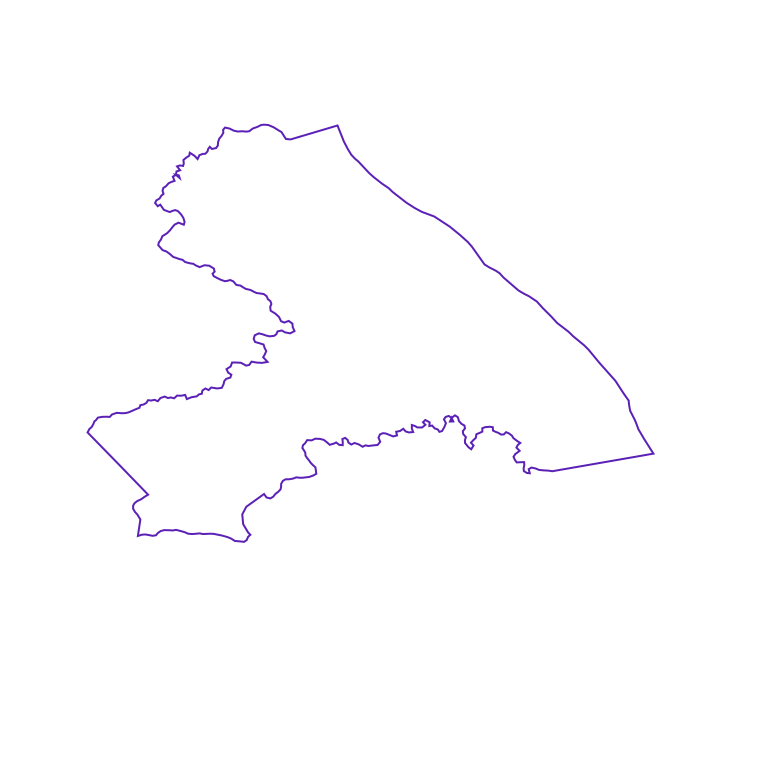 Itaubal, Amapá, Brazil (Natural Earth projection), rotated 290°
{"feature_id": "56859067B9451495458128", "entity_name": "Itaubal", "entity_type": "district", "adm_level": 2, "iso_a3": "BRA", "parent_name": "Brazil", "parent_adm1": "Amapá", "projection": "natural_earth1", "projection_center": [-50.683, 0.49], "detail": "fine", "context": "isolated", "style": "outline", "palette": "violet", "viewbox_px": 768, "rotation_deg": 290, "n_neighbors": 0, "source": "geoboundaries", "source_scale": "gbopen_adm2", "svg_char_len": 5700}
<svg xmlns="http://www.w3.org/2000/svg" viewBox="0 0 768 768"><g transform="rotate(290 384 384)"><path d="M449.2,620.9L452.0,619.7L457.0,612.5L466.1,600.4L477.6,579.1L486.3,564.3L488.9,558.6L493.6,545.3L496.2,539.6L500.6,525.7L504.4,518.5L509.4,507.7L513.8,499.4L514.9,494.9L516.1,490.0L516.6,485.4L517.9,478.3L525.0,459.7L527.6,454.8L528.7,450.3L529.6,443.0L530.7,437.6L543.2,419.5L546.1,414.2L550.0,404.5L554.4,391.9L558.6,373.9L558.7,360.7L559.9,352.6L562.0,343.2L567.4,326.4L569.6,321.5L571.6,313.6L574.9,303.5L577.2,297.8L584.3,283.8L585.8,279.7L588.2,274.9L592.6,269.4L598.0,263.5L611.0,251.9L581.9,212.6L580.7,208.0L585.7,201.5L586.2,198.6L587.5,192.4L587.8,186.7L586.6,182.4L585.3,179.9L582.3,177.1L579.2,173.3L575.5,171.0L574.2,168.6L573.0,164.3L571.2,160.1L570.7,156.1L571.2,151.4L570.6,146.9L567.9,145.9L565.0,147.1L561.6,146.5L558.3,145.3L554.8,145.3L551.2,146.3L548.3,145.5L546.0,141.9L547.3,139.2L544.9,138.4L542.1,138.6L539.3,137.4L538.1,134.8L535.9,132.3L531.6,131.9L533.6,128.0L534.9,122.4L531.9,122.9L528.6,120.4L525.8,118.9L522.9,120.4L520.2,120.6L519.6,117.5L517.7,115.1L515.1,119.3L512.8,116.3L509.4,116.9L506.6,114.7L503.2,117.7L501.5,115.5L499.1,113.0L495.1,111.4L492.9,109.6L489.9,109.8L487.2,111.8L485.0,110.4L481.5,109.6L478.7,107.3L475.8,107.0L473.7,110.6L476.0,112.4L474.0,115.3L472.4,117.5L472.3,120.6L472.3,123.8L474.3,126.0L476.0,128.3L476.0,131.3L473.9,135.4L471.5,138.6L468.1,141.2L465.2,141.4L465.3,135.7L462.1,132.7L458.9,131.5L455.2,130.3L451.5,128.6L449.3,126.9L447.2,125.2L443.5,125.0L440.0,124.0L437.2,124.4L435.7,127.2L434.1,130.1L434.1,134.3L432.9,138.4L431.3,142.4L431.4,145.9L431.4,149.0L431.8,152.1L430.6,155.5L431.0,160.1L431.7,163.8L431.0,166.8L430.8,170.8L434.2,174.7L435.4,179.4L434.3,184.6L431.7,186.4L429.0,185.2L427.1,187.1L426.5,191.3L426.1,195.2L426.2,199.4L427.5,201.7L429.1,203.9L428.9,207.3L426.6,211.4L427.4,215.6L426.7,218.3L426.1,221.5L426.7,226.4L426.2,229.8L425.9,233.1L426.7,236.6L427.4,240.2L426.4,243.6L424.0,245.9L423.0,248.9L420.7,250.8L417.5,250.7L414.1,252.4L413.0,257.8L411.0,262.5L407.8,265.8L407.6,269.2L410.7,272.9L409.4,277.3L406.2,278.8L403.1,281.8L399.5,278.5L398.7,273.5L399.3,269.6L397.0,266.0L393.9,265.8L391.7,264.3L389.7,260.3L389.2,256.4L389.2,253.2L388.8,249.1L385.6,245.9L381.8,246.1L379.4,248.5L379.7,253.0L379.9,257.3L376.8,259.7L374.7,262.1L371.2,261.9L367.8,261.3L366.3,264.3L364.9,267.0L362.1,262.1L360.5,256.7L359.7,251.9L355.8,250.8L354.1,248.1L354.6,245.3L355.0,242.2L353.7,238.0L352.2,233.9L348.0,233.9L344.1,230.9L341.4,233.7L340.5,237.4L337.5,237.4L334.8,233.9L332.0,232.9L329.1,233.3L324.9,232.9L322.7,228.6L321.6,222.8L318.3,221.3L318.7,217.7L315.8,215.6L312.5,216.1L311.1,213.8L308.3,212.2L305.8,207.7L302.4,203.9L305.7,200.9L303.6,197.4L302.3,193.5L298.8,191.7L298.4,188.1L296.9,185.8L297.2,182.2L294.3,178.7L290.4,177.3L290.7,173.9L288.8,170.8L288.1,167.8L285.0,167.2L282.5,165.1L280.8,162.3L278.0,162.3L275.7,159.7L273.4,157.3L271.6,155.4L269.8,153.4L268.1,150.8L266.7,147.1L265.5,142.7L262.3,138.8L259.3,137.6L258.2,134.1L256.7,130.3L254.5,126.6L251.8,125.8L249.6,124.6L247.1,124.6L243.5,124.0L241.1,122.6L237.1,122.0L217.3,163.2L199.3,200.2L196.1,197.6L192.6,195.2L189.5,192.1L186.6,190.3L183.8,189.9L181.0,190.9L178.7,193.6L176.9,197.0L175.1,199.2L173.4,201.4L157.0,204.7L159.5,207.9L161.0,211.2L161.6,214.5L162.2,218.5L163.9,221.5L166.5,222.4L169.4,224.4L171.5,227.4L172.9,231.5L174.2,235.8L175.8,238.4L176.3,243.1L176.6,247.5L176.3,251.0L177.3,254.8L178.9,258.4L180.6,261.9L181.0,264.9L182.3,268.2L183.7,271.4L184.9,275.1L185.5,279.1L186.2,283.6L186.6,289.1L186.5,293.0L185.5,297.6L186.7,301.9L187.8,306.5L190.3,308.3L194.0,308.6L196.6,310.0L198.0,307.1L204.1,299.6L213.0,295.4L221.6,296.6L239.6,308.9L237.2,312.4L237.6,316.3L240.3,318.5L243.5,319.5L246.2,321.3L249.5,322.8L252.1,322.5L255.0,321.5L258.4,322.1L260.7,324.0L262.2,327.8L264.3,331.3L266.3,333.5L267.0,336.7L268.1,339.6L269.4,342.2L271.0,345.4L273.7,348.7L276.5,351.1L282.2,348.1L283.5,344.9L284.9,342.0L286.5,339.8L288.2,336.9L289.9,334.7L292.6,333.5L294.4,331.3L295.9,329.2L298.8,328.8L301.2,330.1L305.0,331.0L306.3,335.3L309.1,338.1L310.5,342.6L310.9,346.5L309.7,350.3L308.3,353.8L310.8,357.2L312.7,359.0L311.5,362.9L312.4,366.1L315.6,365.0L318.0,363.7L320.1,365.9L319.0,369.0L316.8,370.6L315.9,373.9L318.5,376.5L318.6,381.1L317.7,385.4L320.0,387.6L320.4,390.5L322.3,394.2L324.5,398.8L328.4,400.2L331.7,397.2L335.2,397.4L337.4,399.8L338.1,402.5L338.0,406.7L337.9,410.6L340.1,413.8L343.3,411.8L345.4,415.2L348.5,417.4L346.8,420.7L347.0,424.0L348.8,427.8L351.7,425.4L355.0,424.2L355.1,427.4L354.6,430.2L356.2,434.7L359.8,436.9L361.4,433.7L364.3,435.1L363.6,440.0L360.0,441.0L361.4,443.4L359.6,446.9L359.7,450.1L358.0,452.4L359.6,454.6L363.8,455.4L368.4,455.6L371.3,452.4L374.2,453.2L376.1,455.8L375.3,459.1L378.8,461.4L378.1,464.7L374.8,467.1L373.0,470.6L372.5,473.8L369.9,475.3L366.7,474.2L364.1,475.5L362.1,479.1L358.7,479.3L356.2,480.4L353.4,485.2L352.5,488.3L356.8,489.2L358.6,485.8L361.9,487.2L364.8,488.7L368.4,488.0L370.5,490.3L372.9,492.7L376.0,491.5L378.1,493.9L380.0,498.0L380.6,501.0L377.5,502.4L377.2,505.3L377.2,508.3L376.5,511.3L377.6,513.8L380.5,515.2L380.3,518.4L379.2,521.9L377.4,524.1L376.0,528.6L375.2,532.2L372.5,530.6L369.5,530.2L367.6,534.3L365.3,532.9L363.3,531.4L359.9,530.6L357.5,532.9L355.7,535.5L357.3,539.3L358.5,542.4L355.7,543.6L352.6,544.0L350.0,545.2L349.3,548.7L350.0,551.5L353.4,549.1L355.9,551.1L356.5,555.6L356.3,559.0L357.3,563.1L358.8,568.0L359.6,572.0L410.7,661.0L421.5,647.0L428.7,638.3L432.6,635.1L436.0,632.0L443.1,624.4L449.2,620.9ZM509.4,116.9L509.9,119.8L507.7,121.5L509.4,116.9ZM375.3,459.1L371.3,458.8L372.5,461.9L375.3,459.1Z" fill="none" stroke="#5b21b6" stroke-width="2"/></g></svg>